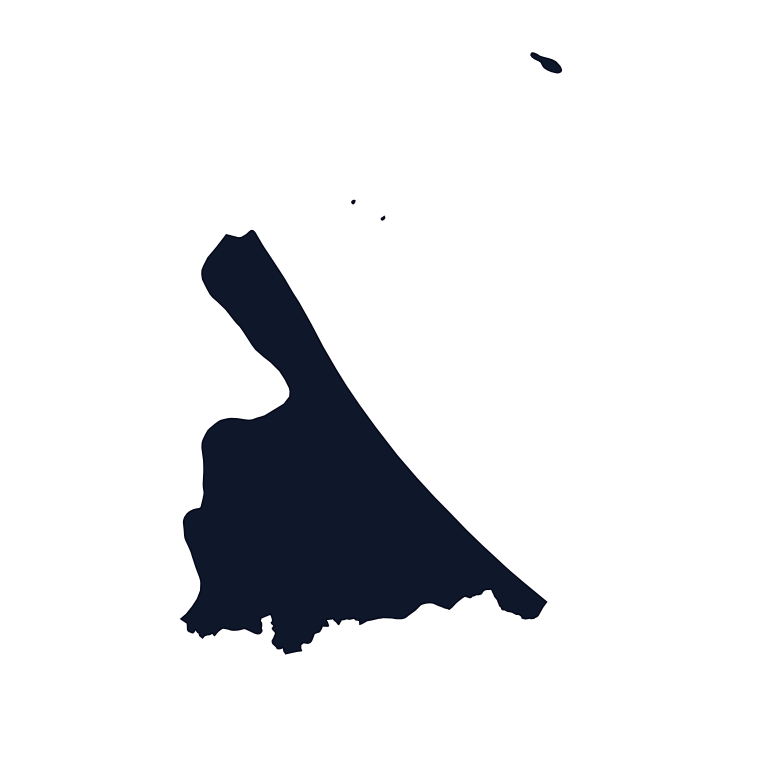 Nghi Xuan, Ha Tinh, Vietnam (Albers equal-area conic projection), rotated 342°
{"feature_id": "81297802B92253150972948", "entity_name": "Nghi Xuan", "entity_type": "district", "adm_level": 2, "iso_a3": "VNM", "parent_name": "Vietnam", "parent_adm1": "Ha Tinh", "projection": "albers", "projection_center": [105.774, 18.664], "detail": "fine", "context": "isolated", "style": "filled", "palette": "ink", "viewbox_px": 768, "rotation_deg": 342, "n_neighbors": 0, "source": "geoboundaries", "source_scale": "gbopen_adm2", "svg_char_len": 6138}
<svg xmlns="http://www.w3.org/2000/svg" viewBox="0 0 768 768"><g transform="rotate(342 384 384)"><path d="M376.4,618.3L379.6,617.1L384.6,614.3L388.2,612.8L392.5,611.3L394.1,610.9L395.3,610.7L396.0,610.8L396.5,611.5L398.0,612.4L398.6,612.8L399.2,613.4L399.6,613.6L400.2,613.7L400.8,613.7L401.4,613.5L402.1,612.9L402.4,612.8L402.7,612.7L403.4,613.0L404.2,613.1L407.1,612.7L407.3,612.7L408.1,613.3L408.7,613.4L410.5,613.6L411.1,613.6L412.0,613.3L412.4,613.0L412.9,612.4L413.5,611.9L414.9,611.2L415.6,611.0L418.2,610.9L420.0,611.6L422.7,612.2L422.9,612.3L423.0,612.7L423.3,615.9L423.5,617.3L423.8,618.4L423.6,619.3L423.7,620.1L424.6,622.5L424.8,623.2L425.3,623.9L425.3,625.2L425.4,627.3L425.5,628.2L425.5,628.7L425.5,630.0L425.8,631.2L426.6,632.4L426.8,632.9L426.6,634.0L426.7,634.7L427.4,635.4L428.8,635.8L429.4,636.2L430.5,637.5L431.4,638.3L434.7,640.0L435.9,640.9L436.4,641.6L437.8,642.8L438.2,643.5L439.1,644.0L439.8,644.2L441.1,644.8L441.6,645.2L442.9,647.0L443.2,647.6L443.3,648.1L443.1,649.2L444.9,650.4L446.0,651.0L447.9,651.3L448.6,651.5L449.7,651.4L450.3,651.5L450.8,652.2L451.2,652.4L453.3,652.9L454.1,653.0L454.5,652.9L454.9,652.6L455.1,652.5L455.6,652.6L457.2,652.4L458.2,652.1L459.0,651.6L460.0,650.8L460.6,650.0L461.3,649.6L464.9,646.2L466.3,645.0L471.2,641.5L454.9,615.9L446.2,601.8L441.2,593.1L434.1,580.3L427.4,568.4L416.9,548.6L406.8,527.8L396.9,508.0L385.7,483.5L374.1,455.8L362.1,422.2L354.0,397.3L347.4,374.7L342.7,355.5L337.2,330.0L332.7,303.7L328.0,280.2L325.2,269.5L321.4,252.2L316.3,233.3L311.9,217.6L310.8,213.2L307.9,199.9L306.7,197.8L305.2,197.1L303.0,197.8L299.4,199.5L293.7,200.7L290.8,200.2L280.1,193.4L278.8,194.4L267.6,202.1L255.6,209.6L248.9,216.3L246.1,219.8L244.7,223.7L243.9,228.6L245.3,238.1L246.6,244.7L248.2,248.7L251.2,253.6L256.7,263.9L262.0,278.4L263.5,281.7L265.0,284.7L266.9,290.9L270.9,306.0L272.8,311.5L278.4,320.9L283.1,327.8L289.0,339.3L291.6,349.0L293.0,358.6L292.6,361.9L290.6,367.0L282.7,372.4L260.7,377.6L256.9,377.6L253.3,377.4L247.7,377.6L244.2,376.9L240.8,375.4L234.1,372.0L228.1,369.7L224.5,368.9L221.0,368.6L218.1,368.4L215.5,368.7L211.5,370.0L204.7,372.7L202.1,374.1L198.6,377.3L195.5,380.6L194.2,382.1L193.1,383.8L192.3,385.7L191.3,388.5L189.0,400.9L188.1,404.2L187.3,406.8L186.7,408.9L186.0,410.9L185.5,412.4L181.5,422.8L180.5,426.3L180.1,428.5L179.8,430.6L179.5,431.7L178.9,433.4L176.7,437.3L172.2,444.6L170.9,445.4L169.7,445.5L166.4,445.0L163.8,444.9L160.1,445.4L156.9,446.6L153.4,449.2L151.5,451.7L150.6,453.8L149.1,461.0L147.7,466.6L147.3,469.3L147.5,472.5L147.9,475.1L148.5,480.5L148.8,483.8L148.7,489.1L148.7,499.8L149.2,511.2L149.0,514.7L148.4,517.0L145.9,523.8L140.1,530.9L133.1,536.6L124.9,542.0L118.3,544.7L123.1,550.8L121.4,556.8L121.5,558.0L121.8,558.6L122.2,559.1L124.6,561.1L125.4,561.5L125.8,561.4L126.6,560.9L128.6,559.4L128.8,559.3L129.3,559.4L129.6,559.9L129.8,560.8L129.7,561.4L129.9,561.9L130.1,562.5L130.6,563.0L131.0,563.6L131.2,564.0L131.2,565.1L131.1,565.8L131.1,566.4L133.0,569.4L134.6,568.3L135.1,568.1L136.0,567.8L138.8,567.8L139.9,568.2L140.8,568.3L141.8,568.2L142.8,567.9L143.6,567.7L144.0,567.8L144.9,570.4L145.0,570.7L145.8,570.4L146.3,570.0L147.0,569.5L148.5,568.6L150.0,567.8L151.4,567.2L154.5,566.3L154.9,566.3L156.1,566.5L158.2,567.7L160.5,569.0L162.2,570.3L164.2,571.3L168.1,572.5L171.9,573.0L173.7,573.0L175.3,573.2L176.4,573.6L179.6,576.5L183.8,580.5L185.8,582.0L187.0,582.5L188.2,582.8L189.4,582.6L190.4,582.1L191.0,581.6L191.5,581.0L191.7,580.0L191.6,578.8L191.7,577.9L192.4,577.0L192.8,576.0L193.4,574.2L193.5,573.5L193.0,571.6L193.0,571.0L193.1,570.6L194.4,569.0L194.6,568.5L204.7,567.7L205.3,569.1L205.4,569.7L205.5,570.5L205.3,571.5L205.5,572.7L205.0,574.6L204.8,575.0L204.1,575.8L203.7,576.1L203.2,576.2L203.2,576.5L203.4,577.4L204.2,578.5L204.7,579.7L204.4,580.4L203.3,581.3L202.4,581.9L202.3,582.1L202.5,583.1L204.1,586.6L204.1,587.0L203.6,588.2L200.5,591.9L198.6,593.6L198.2,594.5L198.1,596.1L198.2,596.6L198.6,597.4L200.3,600.4L200.6,601.2L200.7,602.2L201.0,602.7L201.8,603.1L203.0,603.4L203.9,603.5L204.7,603.5L205.5,603.2L206.0,603.2L206.4,603.4L206.6,603.8L206.6,605.3L206.4,607.0L206.4,607.6L207.0,609.1L207.1,610.1L212.8,610.6L219.3,611.3L222.7,612.1L223.1,611.9L223.1,611.4L222.9,610.5L223.0,609.4L224.1,606.3L224.9,605.9L226.1,605.5L226.5,605.2L227.2,605.1L228.4,605.4L230.0,606.3L231.3,606.9L232.0,607.0L232.8,607.0L233.7,606.9L234.4,606.6L235.4,605.9L236.3,605.0L237.8,603.2L238.8,601.9L240.1,600.2L241.2,599.7L242.5,599.6L245.9,599.6L246.7,599.1L249.0,597.0L250.5,594.9L255.4,596.8L256.0,596.9L256.4,596.7L256.4,595.9L256.4,592.9L255.8,591.2L256.0,590.6L256.5,590.3L257.2,590.2L257.9,590.3L259.0,590.6L261.2,591.1L263.3,591.3L263.5,592.0L263.8,593.3L265.3,595.5L266.0,597.5L266.4,598.5L266.7,598.5L267.2,598.2L268.9,596.4L269.8,595.8L270.4,595.0L273.6,595.6L274.9,595.5L275.7,595.6L276.8,595.9L277.4,596.2L277.6,596.6L278.2,596.8L278.8,597.0L281.7,597.3L282.8,597.4L283.2,597.3L283.4,597.4L284.1,599.0L284.6,599.8L286.0,600.2L286.4,600.4L286.8,600.7L287.5,601.7L287.6,602.4L287.4,603.1L286.9,605.0L288.4,605.0L290.1,604.7L294.7,603.7L299.6,604.4L307.0,605.0L308.2,605.4L310.9,605.7L319.2,608.7L322.4,610.4L323.7,611.0L328.0,612.4L330.0,612.6L330.7,612.7L332.2,612.5L333.6,612.1L335.2,611.4L343.5,608.7L348.0,606.5L349.3,605.7L350.6,605.2L352.0,605.0L353.6,605.0L355.9,605.1L359.6,605.9L362.4,607.0L363.7,607.9L367.7,611.5L370.2,613.4L372.3,615.3L373.6,616.2L375.1,617.0L376.1,617.9L376.2,618.2L376.4,618.3ZM648.4,141.6L649.4,140.9L649.7,139.9L649.7,138.3L649.4,136.5L648.9,135.1L646.8,130.6L643.9,127.7L640.7,125.4L636.8,123.0L633.6,120.7L632.5,119.5L631.5,118.1L628.8,115.7L627.2,115.0L626.5,115.2L625.9,115.9L625.5,116.6L626.0,118.5L627.9,121.2L631.4,124.5L632.4,125.8L632.9,126.7L633.5,130.5L634.2,132.6L636.7,135.7L639.8,138.4L644.5,141.3L645.8,141.7L647.0,141.8L648.4,141.6ZM412.1,202.0L412.9,200.8L412.9,200.6L412.0,200.1L410.9,200.2L409.7,200.9L409.7,202.2L410.2,202.9L410.8,202.9L412.1,202.0ZM435.9,224.8L434.4,225.5L433.6,225.5L432.8,225.8L432.6,226.1L432.5,226.8L432.9,227.3L433.3,227.4L434.0,227.4L435.3,226.8L435.9,226.2L436.1,225.6L435.9,224.8Z" fill="#0f172a" stroke="#020617" stroke-width="1.5"/></g></svg>